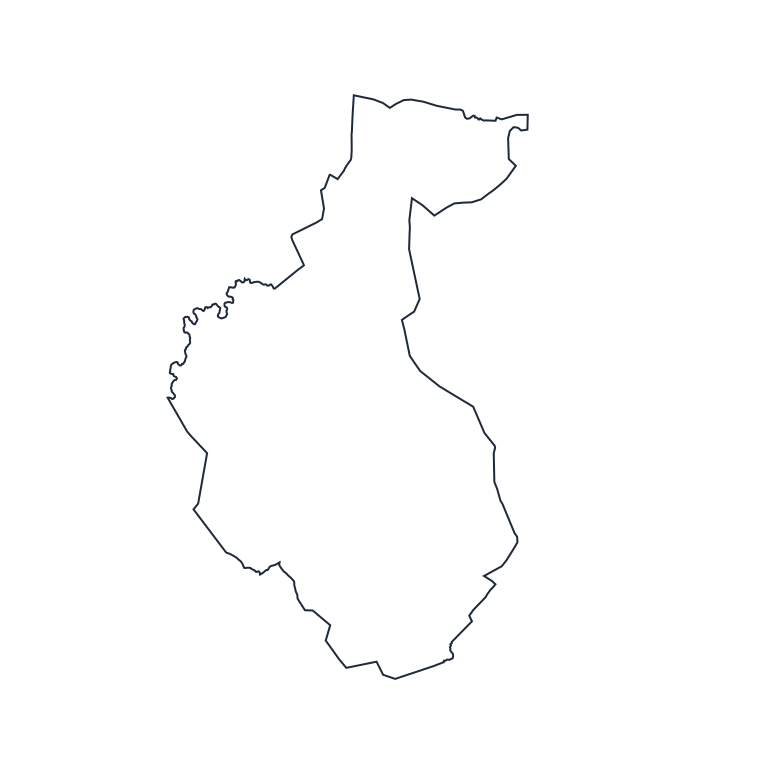 Suru, Kebbi, Nigeria (Robinson projection), rotated 162°
{"feature_id": "59680162B61567493958965", "entity_name": "Suru", "entity_type": "district", "adm_level": 2, "iso_a3": "NGA", "parent_name": "Nigeria", "parent_adm1": "Kebbi", "projection": "robinson", "projection_center": [4.167, 11.787], "detail": "fine", "context": "isolated", "style": "outline", "palette": "slate", "viewbox_px": 768, "rotation_deg": 162, "n_neighbors": 0, "source": "geoboundaries", "source_scale": "gbopen_adm2", "svg_char_len": 6166}
<svg xmlns="http://www.w3.org/2000/svg" viewBox="0 0 768 768"><g transform="rotate(162 384 384)"><path d="M328.3,174.3L321.7,178.7L311.9,187.0L306.0,192.2L304.6,197.6L305.9,201.7L308.4,233.4L309.3,236.9L308.8,249.2L309.3,256.8L301.0,284.3L298.0,289.1L297.8,291.0L303.6,306.4L306.2,334.8L331.9,364.5L345.6,385.2L350.8,402.7L347.8,429.4L347.2,439.4L338.2,442.1L333.0,443.5L323.8,453.8L318.5,504.4L313.4,518.6L311.0,524.9L309.3,531.9L300.0,552.1L292.2,542.2L284.1,528.6L269.8,532.5L261.3,534.0L252.6,532.0L244.5,529.7L234.6,529.6L225.2,532.9L219.7,534.6L212.7,537.4L208.8,539.1L203.9,541.4L191.2,550.8L195.8,559.4L190.0,579.4L186.2,585.7L181.5,588.2L178.5,586.9L177.1,585.9L175.2,582.7L169.0,581.6L164.1,595.6L174.5,598.9L190.2,599.3L194.5,602.6L196.6,599.9L206.4,603.5L207.6,603.6L209.8,605.7L210.1,606.7L211.0,606.8L211.6,606.1L212.5,606.4L212.8,607.7L213.5,608.7L214.7,609.1L215.2,609.4L214.8,610.8L215.8,611.6L216.8,611.5L217.9,611.1L220.3,610.2L223.2,610.6L224.5,612.5L224.5,617.6L224.6,619.6L226.7,621.5L231.3,623.0L247.9,632.3L259.3,640.3L270.3,646.1L277.5,647.9L286.4,646.6L293.1,644.8L298.2,651.6L306.0,657.9L323.5,667.9L331.3,648.1L336.8,633.3L337.5,632.1L342.5,616.2L345.1,609.5L346.4,607.4L352.7,602.8L353.5,601.8L354.1,601.6L356.0,599.4L364.8,593.2L370.3,599.4L371.1,599.7L379.8,588.8L384.1,587.7L386.8,569.5L391.9,560.0L398.1,558.5L424.8,554.6L426.4,553.0L426.7,551.9L426.8,549.5L423.6,523.4L423.5,521.6L430.9,519.1L458.3,508.5L459.3,508.8L459.5,509.5L459.7,511.5L460.2,512.5L460.6,513.6L461.3,513.8L462.9,513.2L463.8,513.3L464.6,513.7L464.9,514.5L465.8,515.4L467.7,515.7L468.6,516.3L469.7,518.0L471.5,519.9L473.6,520.6L476.1,521.0L478.4,521.0L479.5,521.3L480.0,522.2L479.5,524.2L479.8,525.0L480.4,525.6L481.1,525.6L481.8,525.3L482.8,525.2L483.5,525.5L484.0,526.9L485.0,524.8L485.9,524.2L487.0,524.2L487.7,524.7L488.7,526.4L489.8,527.8L490.4,527.8L491.7,527.1L492.7,527.7L493.5,527.4L493.7,526.8L493.8,525.0L494.3,524.1L495.0,523.2L496.1,522.2L496.7,521.9L497.6,522.4L498.3,522.4L500.4,523.7L501.6,523.7L502.4,522.2L503.2,521.5L503.7,520.5L504.1,520.0L505.2,519.4L505.8,518.5L505.8,517.6L505.6,516.7L505.2,515.8L504.6,515.0L503.2,514.6L502.3,514.0L501.4,513.2L501.1,512.4L501.8,511.4L501.3,510.4L501.5,509.8L502.7,507.9L503.4,508.1L504.3,508.6L505.0,509.3L505.6,509.6L506.9,510.1L509.3,510.2L509.8,510.4L510.9,509.6L511.2,508.9L511.5,507.1L511.1,506.3L510.3,505.8L509.9,505.2L509.9,504.3L510.2,503.4L511.4,502.0L511.6,500.7L511.5,499.6L511.9,498.6L514.1,496.6L518.2,496.5L518.7,497.0L519.6,497.6L520.2,498.3L520.7,498.9L521.1,499.8L520.8,500.5L520.4,501.2L519.6,502.0L518.6,502.5L517.6,504.4L517.1,505.3L516.5,506.2L516.2,507.1L516.9,508.0L517.5,508.6L517.9,509.6L518.7,511.2L518.9,512.0L519.2,512.3L520.1,512.7L520.6,512.6L521.2,512.1L522.0,512.5L522.8,512.5L523.2,511.9L523.8,511.3L524.6,510.8L525.5,510.6L526.3,511.0L527.3,511.0L528.2,510.7L528.6,511.7L529.4,512.1L530.1,512.2L530.6,511.8L531.6,510.2L532.4,509.5L532.8,509.2L533.3,509.4L533.7,509.8L534.2,510.4L534.5,511.2L535.0,511.8L536.5,512.4L538.0,513.8L540.2,513.8L541.3,513.6L542.2,513.1L542.9,511.8L543.1,510.8L543.1,510.0L542.8,509.5L542.2,509.0L541.9,508.2L541.6,506.3L541.9,505.7L541.7,504.9L541.5,504.3L541.4,503.6L541.5,503.0L542.6,501.7L543.8,500.9L544.3,500.4L544.5,499.8L545.1,499.3L545.6,499.4L546.1,499.6L546.5,499.9L547.5,501.6L547.6,503.1L548.1,503.5L548.8,504.7L549.0,505.3L549.2,505.8L549.2,506.5L549.0,507.1L549.0,507.5L549.4,508.1L550.2,508.6L552.1,509.1L553.1,508.9L553.8,508.5L554.4,508.0L554.6,507.3L554.5,505.5L555.2,503.9L555.1,502.5L555.6,500.8L556.1,500.1L556.9,499.6L557.4,499.1L557.5,498.3L558.0,495.7L557.8,495.0L557.4,494.4L556.9,494.2L556.3,494.3L555.7,494.1L555.3,493.5L554.8,493.2L554.4,492.1L554.0,491.5L553.8,491.0L553.9,490.3L554.2,489.7L554.1,488.9L554.0,488.0L554.2,487.3L554.7,486.9L555.0,486.0L555.3,484.2L555.8,482.8L556.4,482.3L557.1,481.9L557.8,481.7L559.7,480.2L560.8,480.0L561.1,479.6L561.8,478.2L562.8,477.8L563.0,477.4L563.3,476.2L563.3,475.1L563.5,473.9L563.3,471.8L563.5,470.9L564.8,469.7L565.6,468.3L566.8,466.7L567.3,466.3L567.7,466.3L568.3,465.5L568.9,465.2L569.9,465.5L571.0,464.4L571.7,464.5L572.4,464.7L573.6,466.6L573.8,467.1L573.6,468.3L574.1,468.9L575.6,469.2L578.0,469.0L578.8,468.6L579.9,468.3L580.3,468.0L581.4,466.6L581.9,465.2L583.0,463.6L583.4,462.6L583.5,461.8L583.9,461.5L584.3,460.9L584.1,460.3L583.7,459.7L582.9,459.2L581.7,458.8L581.3,458.5L581.6,457.1L581.4,456.5L581.0,456.0L579.6,454.9L579.2,454.2L579.3,453.3L579.6,452.8L580.5,452.2L581.0,452.4L581.9,452.4L582.7,452.2L583.3,451.8L584.0,451.2L585.8,449.8L586.2,449.0L586.4,447.9L587.5,446.7L587.9,445.7L588.0,444.6L587.8,443.4L588.1,442.9L588.2,442.3L587.3,440.4L586.4,437.9L586.8,436.2L588.9,435.1L590.2,435.1L590.5,436.0L591.4,436.7L592.8,437.6L594.0,437.8L585.9,399.6L583.3,393.4L573.6,372.9L597.7,327.7L603.9,323.6L586.2,272.5L582.8,269.8L579.7,266.5L577.4,263.7L576.9,262.4L576.1,261.2L575.4,260.2L574.9,259.3L574.6,258.3L574.3,257.4L573.9,253.8L574.0,252.6L572.6,251.8L571.7,251.6L571.0,251.6L569.0,250.9L567.8,250.2L567.4,249.7L567.3,249.2L565.9,247.8L565.4,247.6L564.6,246.3L564.2,246.1L563.9,245.2L563.7,244.7L561.1,244.6L560.6,243.6L560.5,243.3L560.6,242.7L560.7,242.3L560.8,241.1L557.8,241.7L554.1,243.2L553.2,243.4L552.7,243.2L552.2,243.1L551.6,243.4L549.5,245.2L549.0,245.5L547.7,245.8L543.4,245.6L538.5,246.6L539.6,244.3L538.9,241.3L538.4,239.8L537.2,236.6L536.2,235.3L535.3,233.8L534.3,231.5L533.1,229.6L532.1,227.7L530.6,224.4L530.7,223.0L531.6,220.0L531.6,217.4L532.0,214.7L531.9,212.7L531.6,210.5L532.5,206.5L529.1,193.3L521.8,190.6L509.7,171.2L518.7,158.0L514.0,143.3L512.0,136.8L507.6,125.7L476.9,122.2L474.7,107.7L464.5,100.1L424.4,100.4L414.7,100.9L413.9,101.1L413.1,100.9L412.7,101.9L412.3,102.4L410.9,101.8L409.2,102.4L406.8,101.4L405.0,101.9L404.1,101.8L403.5,101.9L402.7,103.1L402.2,104.1L402.0,105.3L402.0,106.6L402.6,107.8L403.3,110.0L402.9,111.2L402.6,111.8L402.7,112.9L402.2,113.8L401.4,114.2L401.2,114.7L401.4,115.6L401.0,116.2L399.7,116.5L399.2,117.8L373.7,131.1L374.5,137.3L368.9,141.5L353.2,149.9L350.7,152.2L346.7,155.1L342.3,157.5L339.9,159.1L342.3,163.4L348.2,170.5L328.3,174.3Z" fill="none" stroke="#1e293b" stroke-width="2"/></g></svg>